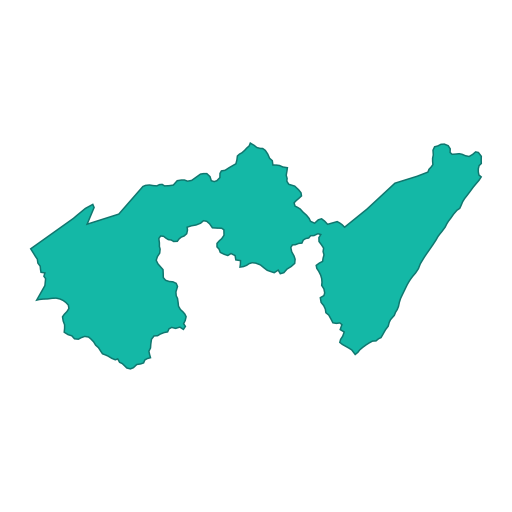 the district of Mata de São João, Bahia, Brazil
{"feature_id": "56859067B13319482102872", "entity_name": "Mata de São João", "entity_type": "district", "adm_level": 2, "iso_a3": "BRA", "parent_name": "Brazil", "parent_adm1": "Bahia", "projection": "mercator", "projection_center": [-38.132, -12.491], "detail": "fine", "context": "isolated", "style": "filled", "palette": "teal", "viewbox_px": 512, "rotation_deg": 0, "n_neighbors": 0, "source": "geoboundaries", "source_scale": "gbopen_adm2", "svg_char_len": 4824}
<svg xmlns="http://www.w3.org/2000/svg" viewBox="0 0 512 512"><path d="M355.2,354.5L357.9,352.3L359.7,349.9L362.8,347.3L366.2,344.8L369.2,342.9L372.5,341.1L376.0,340.9L378.6,338.7L381.0,337.6L382.7,334.7L384.2,332.0L385.6,329.6L388.2,326.2L389.2,322.4L390.5,319.7L392.5,317.4L394.3,315.4L395.5,312.3L397.2,309.6L398.5,306.4L399.4,302.1L400.6,298.4L402.1,295.2L403.8,291.7L405.4,288.4L407.3,284.5L409.1,281.4L410.6,279.1L412.7,276.3L415.6,272.9L418.4,268.7L420.3,263.8L422.1,260.8L424.3,257.2L426.5,253.9L428.4,251.2L430.5,248.2L433.0,244.6L436.0,240.0L437.9,236.6L440.0,233.8L441.9,231.5L445.1,227.2L446.8,223.8L448.5,221.1L450.9,218.0L453.6,214.1L457.0,210.2L459.7,208.4L461.1,205.4L462.6,201.8L464.5,198.7L467.0,195.5L469.2,192.6L471.0,190.2L473.1,187.3L476.6,183.1L479.0,180.3L481.2,176.9L478.9,175.0L478.3,171.9L478.3,168.8L479.1,165.6L481.3,163.5L481.2,160.3L481.3,156.3L478.4,152.5L475.6,151.9L472.7,154.4L469.1,156.5L465.3,155.7L462.1,154.3L459.2,153.7L455.4,154.1L452.1,154.3L450.1,152.5L450.2,148.8L448.2,145.7L444.3,144.1L441.0,144.3L437.9,145.9L434.6,146.8L433.0,150.2L433.3,155.0L432.6,158.3L432.6,161.2L432.9,164.6L431.1,167.1L429.0,169.3L427.9,172.1L417.0,176.3L394.9,183.2L367.1,209.0L344.6,227.2L342.1,224.7L339.9,223.1L337.2,221.6L327.6,224.3L324.6,221.1L321.6,218.8L318.3,219.8L314.6,223.2L310.5,221.3L309.1,218.4L306.5,215.2L303.0,212.1L300.2,209.0L297.6,207.4L295.0,206.1L294.1,202.8L296.2,200.6L298.7,198.5L301.5,195.9L301.0,192.8L298.7,189.9L294.7,186.1L288.8,184.3L286.8,181.2L287.1,178.4L286.2,175.3L286.9,171.2L287.4,167.7L282.9,167.0L279.5,165.5L276.5,165.1L272.9,165.0L272.3,160.7L269.6,158.3L267.7,154.0L265.3,150.4L262.7,148.5L260.1,148.4L256.8,147.5L254.2,145.4L250.3,143.1L249.2,145.9L246.7,148.1L244.7,150.3L241.9,152.8L239.5,154.1L237.4,156.0L236.9,159.9L235.9,163.8L232.4,165.8L229.1,167.7L225.1,170.3L221.4,170.9L220.0,173.4L219.9,177.6L216.9,180.7L214.2,181.6L211.3,180.7L210.0,176.6L206.8,173.6L203.6,173.6L200.5,174.1L196.3,177.1L191.7,180.4L187.6,181.2L184.4,180.0L181.5,180.0L177.2,180.7L173.3,185.1L168.9,185.7L164.5,185.9L162.2,184.4L159.5,184.6L156.8,185.9L153.3,185.6L149.4,185.0L145.5,185.4L142.9,186.5L118.8,214.1L87.1,224.2L94.1,207.5L92.8,204.4L85.4,208.4L76.8,215.5L73.4,218.4L30.7,248.8L33.4,253.1L35.6,256.7L37.3,259.1L37.9,263.1L40.2,266.2L40.5,269.4L41.0,272.3L44.9,272.9L43.9,276.3L45.6,278.6L45.3,281.7L44.9,285.6L36.7,300.1L39.3,299.5L42.8,299.1L47.7,298.9L52.1,298.3L56.1,298.1L60.0,299.0L63.2,300.5L65.8,302.4L68.3,305.0L68.9,308.4L67.0,311.5L64.3,314.3L62.5,316.8L63.2,321.0L64.6,324.8L64.6,328.2L64.2,332.2L68.0,334.6L71.8,335.8L74.5,338.8L78.4,339.2L81.1,337.7L84.7,336.4L88.5,337.0L90.6,338.7L93.7,341.9L95.6,345.1L98.5,347.7L100.8,351.3L102.5,353.8L105.4,354.9L108.1,356.1L111.7,358.3L115.3,359.8L117.7,358.9L119.6,362.3L122.3,363.6L124.5,365.7L126.8,368.0L130.4,368.9L133.4,367.7L136.8,364.5L140.7,363.9L143.6,362.9L144.8,360.0L147.2,358.6L150.5,357.7L149.6,354.6L148.9,351.2L150.5,348.0L150.8,344.0L151.5,339.2L154.1,335.9L157.6,335.7L160.2,334.1L164.0,332.6L167.6,331.9L169.0,328.8L171.7,327.4L175.6,328.4L179.8,327.1L183.4,329.4L185.4,326.4L183.6,323.7L185.2,320.5L186.1,316.7L184.8,314.0L182.9,311.8L180.4,309.5L178.5,306.2L178.1,302.5L177.5,298.4L176.2,295.8L175.9,291.9L177.5,286.5L176.2,283.4L172.9,281.8L169.3,281.5L165.6,280.3L163.3,277.6L163.2,273.4L163.0,269.6L160.6,266.9L157.9,263.8L156.2,260.3L157.4,256.6L159.7,253.1L160.1,249.1L159.4,246.5L159.4,242.8L158.8,238.5L160.6,236.0L163.6,236.3L165.9,238.1L168.3,239.6L171.2,240.0L173.7,241.5L177.3,241.3L179.0,239.0L181.3,237.1L184.1,236.0L186.7,233.7L187.5,230.0L187.1,227.2L191.4,225.8L196.0,225.0L200.6,223.2L203.5,220.7L206.7,221.3L209.6,223.8L212.4,227.8L217.3,228.1L221.6,228.2L223.9,229.8L224.0,235.3L221.7,238.7L219.4,240.7L217.0,243.4L217.0,246.9L219.1,249.2L220.3,252.4L224.2,254.3L227.8,255.5L231.0,253.5L235.1,255.6L235.8,259.9L240.5,260.6L240.4,264.1L240.0,267.1L243.4,266.6L246.7,265.3L249.0,263.7L252.1,262.7L255.7,263.1L260.4,264.9L264.3,268.1L267.2,270.3L270.9,271.6L274.2,272.7L278.2,270.1L280.3,273.7L283.8,272.7L287.1,269.0L291.2,266.5L294.7,263.4L295.1,259.2L294.0,255.9L291.7,251.8L290.8,247.5L292.4,244.9L295.4,244.7L298.7,243.4L301.9,243.1L303.3,240.0L305.8,238.5L308.7,238.0L310.6,235.7L313.9,235.6L317.9,233.7L320.8,234.5L318.9,237.6L319.0,241.5L321.6,245.0L323.6,248.1L323.1,251.6L324.0,254.9L323.1,258.1L322.6,261.4L319.3,263.1L316.2,265.4L316.8,268.4L318.7,271.2L320.7,275.2L321.7,278.7L322.0,282.3L321.7,285.4L323.9,288.9L324.7,292.9L323.9,295.6L320.3,297.7L321.1,302.4L323.7,305.6L325.3,309.0L325.9,312.7L328.8,315.1L331.2,319.5L332.9,322.8L336.4,323.4L339.8,322.9L341.9,324.6L340.2,329.6L344.2,332.0L342.7,336.2L340.6,339.4L339.8,342.4L342.3,344.4L345.5,346.2L348.7,348.0L351.7,349.9L353.6,352.4L355.2,354.5Z" fill="#14b8a6" stroke="#0f766e" stroke-width="1.5"/></svg>